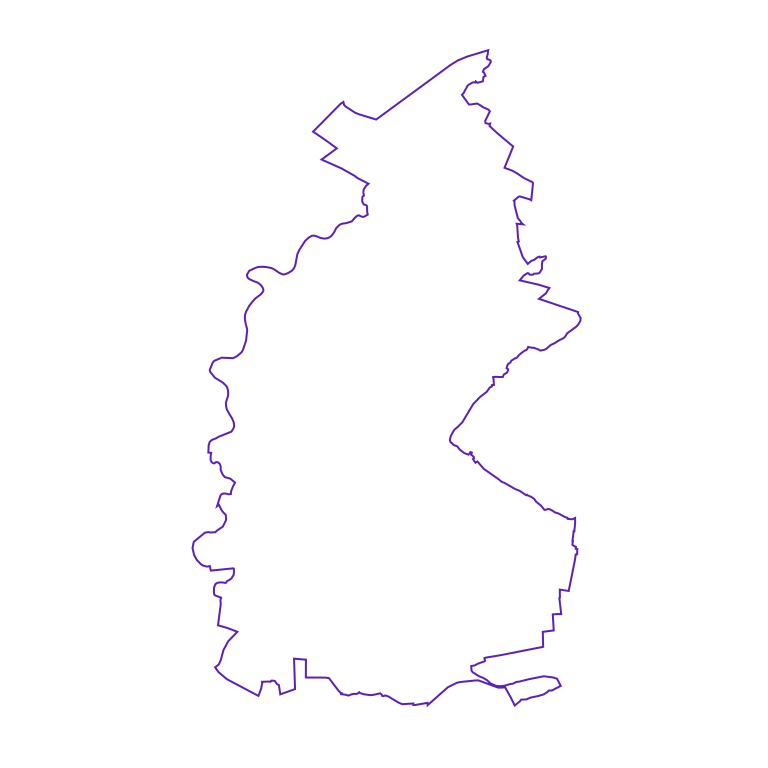 Udesti, Suceava, Romania, rotated 267°
{"feature_id": "2599482B53238071469954", "entity_name": "Udesti", "entity_type": "district", "adm_level": 2, "iso_a3": "ROU", "parent_name": "Romania", "parent_adm1": "Suceava", "projection": "orthographic", "projection_center": [26.408, 47.571], "detail": "fine", "context": "isolated", "style": "outline", "palette": "violet", "viewbox_px": 768, "rotation_deg": 267, "n_neighbors": 0, "source": "geoboundaries", "source_scale": "gbopen_adm2", "svg_char_len": 6079}
<svg xmlns="http://www.w3.org/2000/svg" viewBox="0 0 768 768"><g transform="rotate(267 384 384)"><path d="M542.5,526.4L555.3,523.8L559.2,523.8L560.2,523.2L564.0,528.3L564.2,529.6L560.8,539.0L559.8,540.7L576.8,543.3L577.7,542.9L582.4,534.4L587.5,527.8L590.4,523.1L593.6,515.7L614.4,525.4L628.1,510.7L636.1,502.9L638.5,503.6L638.2,502.4L639.2,499.0L641.4,498.8L650.7,504.0L651.9,503.2L652.5,502.7L655.5,496.9L656.3,496.2L659.2,491.8L658.6,484.7L658.7,483.4L668.7,477.0L670.5,478.8L677.4,483.0L678.3,484.0L680.4,488.1L680.6,489.2L680.3,490.9L681.4,491.4L679.9,492.9L681.1,498.6L685.5,499.4L686.4,501.5L689.6,500.3L690.6,499.1L693.2,500.3L695.9,504.8L699.9,507.5L701.4,507.4L702.3,506.2L703.0,504.1L704.7,503.7L707.8,504.8L711.9,505.5L706.7,484.4L703.2,474.6L698.9,466.8L648.5,390.0L654.4,373.8L656.4,369.4L663.2,360.1L664.7,358.8L667.8,358.2L666.3,355.6L639.7,326.4L631.1,337.7L621.8,349.2L611.4,333.4L601.4,353.0L593.7,365.1L590.9,368.6L584.8,379.0L582.8,376.4L579.1,373.8L576.4,373.4L573.2,373.8L572.4,372.5L571.7,372.2L568.7,371.8L566.9,371.9L564.6,373.1L564.2,373.5L563.6,375.5L562.4,376.4L556.7,376.2L554.0,376.6L552.1,372.9L552.0,371.6L552.6,369.8L553.7,367.9L553.7,366.8L553.0,365.4L551.5,363.6L548.1,360.3L546.6,354.7L546.4,351.6L545.9,349.2L544.6,347.1L542.1,344.4L538.4,342.3L535.0,339.6L533.4,337.4L532.5,334.9L532.3,332.1L533.1,328.4L535.2,324.0L535.9,321.5L535.7,319.5L534.1,316.4L531.0,312.7L522.4,306.5L518.0,304.2L507.1,301.6L504.2,300.1L501.9,297.9L499.7,293.8L498.7,290.6L498.7,288.7L500.5,285.2L504.6,279.8L505.7,277.5L506.8,273.4L507.4,269.5L507.5,264.9L506.9,262.3L504.2,255.5L500.8,253.1L499.5,252.8L497.2,253.5L496.0,254.7L493.9,258.5L491.8,263.3L489.4,266.1L486.3,268.0L484.3,268.5L482.9,268.2L480.0,265.7L476.1,259.9L472.8,256.7L469.4,253.7L463.2,249.9L460.1,248.8L457.1,248.5L453.5,248.7L445.7,250.2L444.0,250.1L434.5,248.5L425.6,245.0L423.6,243.8L422.5,242.6L419.6,238.8L418.2,235.9L417.7,234.4L418.8,223.3L416.0,215.6L414.2,214.0L407.4,210.8L406.0,210.8L404.6,211.5L399.0,215.6L394.1,222.8L391.6,225.3L389.1,227.1L386.2,227.8L383.0,227.9L380.0,227.5L373.5,225.1L369.2,225.2L366.3,225.9L357.3,230.6L353.5,231.9L350.0,232.2L347.6,231.4L344.4,229.1L339.8,215.6L338.7,213.9L337.3,209.5L336.1,207.8L335.2,206.9L332.0,205.7L324.7,205.0L324.3,207.8L321.1,207.1L317.1,206.9L315.2,207.6L313.9,209.1L313.6,210.3L314.8,212.2L314.6,213.9L312.9,215.8L310.2,216.6L306.7,216.4L302.1,218.1L299.4,220.1L297.5,225.6L293.3,230.1L289.4,227.7L284.7,225.6L282.1,225.3L282.0,223.1L283.0,219.6L283.0,217.4L282.4,215.9L281.1,214.8L270.7,210.9L271.9,212.8L266.6,215.2L264.4,216.6L261.6,219.1L257.4,219.3L255.9,218.9L250.0,215.6L246.6,209.9L244.7,207.6L244.9,205.9L244.7,203.5L245.3,200.8L244.9,197.4L236.4,185.8L230.3,184.2L223.2,185.4L218.2,187.8L213.5,191.8L212.2,193.7L211.1,196.9L210.9,198.6L211.3,200.5L206.7,201.3L207.8,223.9L207.3,224.4L203.7,224.3L200.9,223.7L197.7,221.3L196.1,218.7L195.4,216.9L193.8,215.9L193.7,215.1L194.4,211.6L194.4,208.7L194.0,206.8L192.9,205.1L189.5,203.6L184.9,203.2L182.6,203.5L181.6,204.4L179.2,210.1L176.3,209.3L173.0,209.5L151.7,205.6L148.6,214.7L144.2,224.6L135.3,215.0L126.6,209.7L117.2,206.7L112.6,204.4L109.9,200.5L105.1,203.5L97.4,211.7L79.1,242.3L85.8,245.2L91.7,246.8L93.0,246.6L92.9,252.9L92.6,254.8L92.9,255.6L93.6,255.8L93.7,256.7L93.2,259.4L89.9,261.5L88.8,263.3L79.5,264.2L84.0,279.2L114.4,279.8L112.8,291.6L95.0,290.6L93.9,309.8L93.2,313.6L80.0,322.6L77.9,324.5L77.4,325.6L76.9,325.2L76.7,324.1L75.6,329.8L74.7,332.1L75.8,335.4L76.1,337.2L76.0,341.1L77.5,343.2L76.6,344.0L75.3,347.4L74.0,353.7L74.1,357.0L75.3,363.9L73.8,365.5L72.6,365.9L72.3,367.3L72.9,368.8L71.8,371.9L65.0,381.9L63.3,385.5L63.4,396.6L61.9,396.5L61.8,398.1L63.3,410.8L61.0,410.8L77.8,431.9L81.7,440.8L82.4,444.3L83.2,460.4L83.0,463.0L75.1,481.4L74.7,482.7L74.7,489.1L64.7,494.0L56.1,497.7L59.9,503.0L61.6,504.4L61.6,509.8L63.1,513.6L64.3,521.4L65.6,527.1L67.7,530.8L69.3,532.7L69.1,535.5L73.3,544.7L80.6,541.4L82.1,537.5L83.8,528.3L81.6,513.2L79.7,503.4L79.5,500.3L78.0,497.3L77.7,494.0L76.4,488.8L76.1,485.2L76.3,482.2L76.8,480.0L79.4,474.7L82.9,471.3L85.4,467.6L87.2,463.5L91.5,457.5L93.2,456.4L97.8,456.3L98.2,459.9L99.8,463.2L101.7,469.6L102.3,470.5L105.0,469.9L105.4,471.2L106.9,484.8L113.2,529.2L128.2,529.6L129.0,540.6L145.1,540.5L145.2,545.7L144.9,548.9L161.2,547.9L161.5,548.5L169.5,548.8L167.6,557.6L198.8,565.6L203.7,566.5L203.8,567.9L209.1,568.4L209.4,566.8L211.4,567.1L212.3,565.3L213.7,563.7L217.2,564.4L217.3,564.0L227.2,565.7L227.0,566.4L235.3,567.6L240.2,567.8L239.2,565.4L239.1,564.3L239.7,560.3L240.8,560.2L241.6,557.9L245.3,552.0L247.1,547.5L248.5,545.9L250.5,542.4L250.6,541.3L250.0,539.1L249.9,537.6L254.4,534.4L258.4,529.8L261.4,527.9L263.5,525.2L265.4,521.4L265.9,521.0L265.5,520.2L270.2,513.9L272.3,509.4L279.2,498.7L279.9,496.8L283.9,492.2L294.1,479.1L301.7,473.3L300.6,471.2L304.5,468.9L305.2,470.0L306.7,469.7L308.8,467.3L310.9,468.1L311.5,466.8L309.0,464.7L310.9,460.4L314.5,456.2L317.9,453.9L319.5,450.2L320.9,449.2L322.5,447.3L324.7,446.9L328.7,448.0L334.6,451.8L337.3,455.4L341.8,460.3L359.4,472.1L366.2,479.5L370.7,486.1L375.0,489.5L375.8,491.5L377.2,491.6L377.3,493.7L382.7,493.7L385.2,493.3L385.3,495.5L384.7,502.9L387.2,504.2L389.0,507.5L391.3,508.6L392.3,508.7L393.4,507.2L397.2,508.7L399.0,511.4L400.6,512.3L402.7,516.1L403.2,517.9L405.8,520.3L408.0,523.2L409.9,526.1L410.5,528.0L411.9,529.2L413.5,529.9L412.6,532.9L412.2,535.9L410.3,540.2L409.2,541.8L409.6,545.2L410.5,547.7L414.2,552.5L416.0,556.8L418.6,561.4L420.2,565.3L421.5,567.1L425.2,569.8L431.4,579.3L433.5,581.3L436.8,583.4L439.6,583.8L444.2,581.4L445.7,581.6L460.9,543.2L466.2,550.6L469.2,552.5L471.2,554.2L475.1,543.6L480.4,525.0L484.9,529.1L487.2,533.1L487.0,534.1L485.6,535.2L485.3,538.2L486.3,539.7L486.3,542.9L486.5,544.6L487.0,545.2L490.5,547.7L496.1,548.0L498.4,548.7L500.6,552.0L502.2,552.5L503.1,552.0L502.2,546.4L503.1,546.0L502.4,543.7L500.1,540.5L499.3,537.6L496.4,533.8L503.6,529.2L518.9,524.7L519.3,526.1L522.7,525.5L535.8,525.3L537.1,524.9L536.2,531.2L537.5,529.7L539.4,528.8L542.5,526.4Z" fill="none" stroke="#5b21b6" stroke-width="2"/></g></svg>